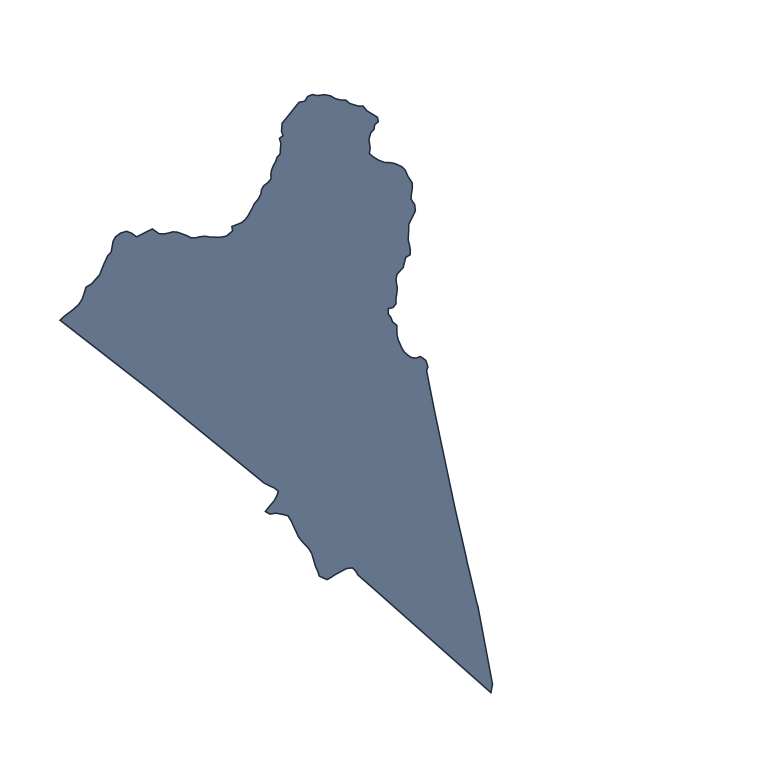 the district of Capanema, Pará, Brazil, rotated 315°
{"feature_id": "56859067B17880522908499", "entity_name": "Capanema", "entity_type": "district", "adm_level": 2, "iso_a3": "BRA", "parent_name": "Brazil", "parent_adm1": "Pará", "projection": "albers", "projection_center": [-47.084, -1.188], "detail": "fine", "context": "isolated", "style": "filled", "palette": "slate", "viewbox_px": 768, "rotation_deg": 315, "n_neighbors": 0, "source": "geoboundaries", "source_scale": "gbopen_adm2", "svg_char_len": 2300}
<svg xmlns="http://www.w3.org/2000/svg" viewBox="0 0 768 768"><g transform="rotate(315 384 384)"><path d="M241.3,677.9L248.4,673.1L292.6,608.5L296.0,602.5L312.5,576.0L316.4,569.4L319.6,564.7L346.3,522.2L374.5,478.9L400.2,439.5L423.5,404.8L427.2,402.9L430.3,396.9L429.2,390.3L424.9,388.3L422.1,384.6L421.2,380.0L421.0,375.6L422.0,371.3L425.4,362.6L428.1,358.3L434.5,351.6L434.0,346.1L435.9,342.0L436.6,337.4L440.3,333.8L444.4,336.3L449.2,335.8L453.1,331.9L457.8,328.5L461.5,325.3L464.1,321.5L467.0,318.0L470.9,315.6L475.3,315.4L480.0,315.2L488.8,309.9L494.0,311.1L497.9,307.2L500.6,303.3L503.1,299.1L511.2,291.8L514.5,288.6L528.6,283.8L532.5,279.0L533.9,272.4L537.3,269.4L543.0,265.2L546.2,261.7L547.7,254.3L550.3,247.7L550.3,243.0L547.6,235.8L544.5,231.3L541.0,227.7L538.5,222.0L536.9,215.4L536.6,210.6L540.7,207.8L543.3,204.4L546.5,200.3L552.2,197.1L557.2,196.8L560.7,194.1L565.5,194.5L568.0,190.8L566.7,185.3L565.1,178.7L565.7,172.6L562.6,169.6L560.4,165.7L558.1,161.3L557.7,156.1L554.3,152.7L551.3,147.6L549.9,142.3L546.3,137.1L540.7,132.8L538.0,128.6L533.2,126.7L528.0,128.0L523.1,124.7L514.4,125.6L509.0,126.3L496.4,127.5L490.2,132.8L488.3,136.9L483.7,136.4L481.2,141.0L476.8,144.6L473.4,147.8L468.6,148.1L464.3,150.2L460.3,151.3L456.0,153.1L452.6,155.4L449.2,159.0L444.8,159.5L439.1,158.8L434.5,160.1L431.1,162.7L425.8,164.3L420.1,164.8L415.5,166.4L406.8,168.9L402.0,169.6L397.4,169.2L392.8,167.3L387.8,165.0L385.1,168.7L377.0,167.9L371.3,163.9L368.2,160.4L365.0,157.2L362.1,153.1L358.0,149.7L354.2,147.4L350.9,144.2L349.5,139.6L345.2,130.4L342.2,127.0L338.4,124.9L334.7,122.4L331.2,118.6L329.9,110.6L325.1,108.9L313.1,105.0L312.2,98.9L310.0,94.0L304.5,91.0L298.2,90.1L293.2,91.6L284.5,97.7L279.2,98.0L271.5,100.8L265.7,103.2L260.3,105.7L247.9,106.4L241.7,104.8L236.7,107.5L230.5,110.6L224.3,111.9L216.3,111.5L205.8,110.0L200.0,109.8L214.7,227.3L229.2,369.4L231.1,375.2L232.8,379.7L233.5,385.0L229.6,387.1L223.9,388.9L217.0,389.4L209.9,390.3L211.3,395.3L216.3,399.0L220.4,405.0L222.9,409.3L221.2,416.2L219.0,421.9L215.4,431.7L214.7,437.3L214.5,446.2L213.1,452.6L206.5,464.7L204.5,470.0L202.4,473.9L203.8,478.0L205.4,482.1L209.7,483.3L214.3,484.2L223.5,486.9L227.5,488.3L231.7,491.8L231.7,496.3L230.5,500.6L232.0,523.1L241.3,677.9Z" fill="#64748b" stroke="#1e293b" stroke-width="1.5"/></g></svg>